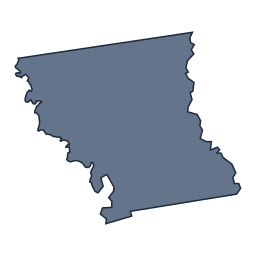 outline of Anderson, Texas, United States of America
{"feature_id": "52423323B92486842041177", "entity_name": "Anderson", "entity_type": "district", "adm_level": 2, "iso_a3": "USA", "parent_name": "United States of America", "parent_adm1": "Texas", "projection": "orthographic", "projection_center": [-95.816, 31.794], "detail": "fine", "context": "isolated", "style": "filled", "palette": "slate", "viewbox_px": 256, "rotation_deg": 0, "n_neighbors": 0, "source": "geoboundaries", "source_scale": "gbopen_adm2", "svg_char_len": 2195}
<svg xmlns="http://www.w3.org/2000/svg" viewBox="0 0 256 256"><path d="M236.6,194.1L240.6,188.4L238.9,183.7L234.2,183.4L232.9,177.4L235.8,172.9L231.9,164.1L222.9,157.4L221.1,153.2L217.0,153.0L219.7,149.7L217.2,147.2L210.4,150.1L211.3,141.6L206.2,141.6L200.2,138.6L202.5,130.2L199.9,125.9L200.6,120.8L197.1,114.4L187.7,111.8L188.0,107.3L192.0,99.6L190.2,92.6L192.8,91.3L194.0,82.5L187.9,78.0L185.6,73.4L188.3,72.1L185.8,67.9L187.6,60.6L193.8,53.9L191.3,49.9L194.3,44.5L190.6,42.7L189.9,37.6L192.5,32.3L18.1,58.3L18.7,60.2L18.0,62.2L16.8,64.6L15.4,65.9L15.4,67.3L16.5,68.5L17.6,68.6L18.7,70.3L19.8,70.8L20.5,72.1L19.7,73.4L18.6,72.6L16.8,73.0L15.6,73.5L16.1,75.4L17.2,76.3L19.3,76.4L20.6,77.2L21.7,77.7L21.8,76.5L24.2,75.4L24.6,74.8L25.9,74.3L27.1,75.9L28.6,77.5L28.2,79.1L27.3,81.0L29.1,81.7L29.2,83.5L31.1,85.4L31.2,87.2L32.1,89.0L31.6,90.8L30.8,91.2L30.1,90.8L29.9,90.2L28.9,90.3L28.4,91.4L27.3,92.0L25.9,95.6L25.3,97.8L25.1,100.5L25.9,101.9L27.9,102.2L29.3,100.9L30.2,100.0L31.4,100.3L31.4,101.4L32.3,102.3L33.1,103.7L34.8,104.0L35.5,103.7L35.9,102.9L35.6,102.2L36.0,101.5L36.2,102.1L38.4,100.9L39.9,100.7L41.2,101.4L41.5,102.0L41.2,102.8L40.6,102.5L39.0,103.5L38.6,104.9L36.6,106.3L35.7,109.2L34.9,110.7L34.7,112.8L36.4,113.0L38.9,115.5L39.1,118.6L39.5,120.7L39.6,124.0L38.3,128.1L37.7,130.5L39.1,131.0L40.4,129.9L43.6,130.1L44.8,132.2L45.9,134.0L50.0,134.6L51.6,135.4L53.1,136.5L55.1,136.6L57.3,137.3L59.7,136.9L61.5,138.2L60.6,138.9L60.5,139.5L60.2,140.8L61.3,141.2L62.8,139.9L65.0,140.2L68.0,141.3L68.2,142.6L69.1,144.0L69.5,144.0L69.0,145.1L67.6,144.9L66.1,146.4L66.0,147.4L67.7,147.1L69.2,147.2L69.5,148.6L69.5,151.0L70.0,152.2L69.0,152.6L68.1,152.7L67.5,155.4L67.6,157.5L67.0,158.3L66.8,159.5L67.5,160.6L70.7,161.9L73.0,161.0L76.7,160.5L80.5,161.9L82.8,163.5L85.2,167.0L88.2,167.6L90.4,165.8L91.2,163.1L92.3,162.3L93.3,163.8L93.7,166.2L91.4,170.3L90.7,173.0L91.7,176.0L90.3,179.1L89.7,181.9L91.5,183.0L92.1,185.5L92.3,186.1L95.1,191.4L98.0,192.9L103.2,186.3L100.8,177.8L106.8,174.4L114.0,187.0L113.6,191.1L108.6,197.7L111.8,201.2L111.7,207.4L102.5,207.9L100.4,214.1L106.5,219.0L105.8,223.7L131.7,216.1L130.4,211.3L236.6,194.1Z" fill="#64748b" stroke="#1e293b" stroke-width="1.5"/></svg>